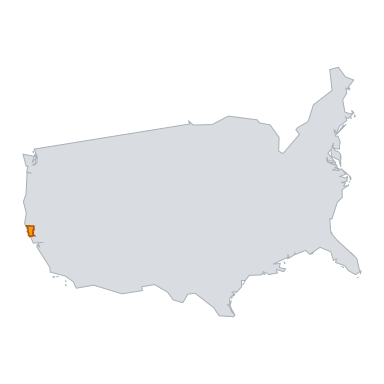 Mendocino, California, United States of America (highlighted)
{"feature_id": "52423323B12422674135738", "entity_name": "Mendocino", "entity_type": "district", "adm_level": 2, "iso_a3": "USA", "parent_name": "United States of America", "parent_adm1": "California", "projection": "albers", "projection_center": [-123.414, 39.38], "detail": "fine", "context": "in_parent", "style": "filled", "palette": "amber", "viewbox_px": 384, "rotation_deg": 0, "n_neighbors": 0, "source": "geoboundaries", "source_scale": "gbopen_adm2", "svg_char_len": 4963}
<svg xmlns="http://www.w3.org/2000/svg" viewBox="0 0 384 384"><path d="M313.4,104.8L332.1,90.4L329.7,69.5L338.5,67.3L345.2,76.7L353.7,80.1L347.9,87.5L348.7,89.6L346.0,88.2L346.7,93.2L342.7,99.8L344.9,112.1L350.9,114.0L352.9,112.0L351.1,110.6L352.3,110.9L353.9,112.8L348.2,118.5L345.6,117.1L346.8,120.6L339.6,126.1L336.2,133.6L335.4,131.0L334.0,129.9L335.6,136.2L337.8,136.1L339.9,141.0L339.4,149.2L333.1,148.1L333.5,142.9L332.0,147.2L335.5,150.6L338.7,151.9L340.5,154.3L340.8,166.8L338.9,159.9L331.7,156.6L331.0,149.1L328.0,153.2L334.4,161.2L329.0,160.8L327.8,161.8L327.5,158.3L327.0,157.5L326.8,160.5L327.8,162.4L335.7,162.4L335.2,164.8L330.8,163.2L329.5,163.2L334.9,165.0L336.8,164.9L337.2,167.7L334.4,167.0L339.1,168.7L338.7,169.6L336.4,168.6L332.2,169.9L338.6,170.6L341.4,168.8L348.9,175.3L342.8,170.5L345.9,174.1L340.0,176.4L346.2,178.1L347.5,175.9L347.1,181.0L341.1,182.7L345.4,182.8L343.6,186.2L347.6,185.7L342.1,189.9L342.2,197.6L337.3,202.3L331.9,219.1L329.8,218.6L330.6,230.8L331.4,233.5L337.1,240.2L356.8,258.4L359.8,271.8L355.7,274.7L348.2,270.5L344.8,265.7L335.6,262.5L336.4,258.8L333.4,260.4L330.9,251.8L320.0,247.3L309.8,254.3L305.7,250.4L294.5,254.8L295.2,252.4L294.0,255.0L289.3,258.0L287.8,254.4L288.0,257.3L273.0,264.1L280.2,263.4L279.3,267.6L285.6,268.9L283.7,271.7L276.5,269.5L277.4,273.0L269.2,274.5L263.3,271.7L261.5,274.9L249.1,275.4L244.1,282.4L245.3,280.5L241.4,280.5L241.5,287.0L235.7,293.0L237.0,291.4L232.2,292.2L234.4,293.7L229.8,297.9L229.6,305.1L226.9,304.8L229.5,305.9L231.7,311.9L235.0,314.9L233.7,316.7L219.1,315.8L213.7,307.7L195.2,293.3L187.9,294.1L182.8,302.7L173.2,299.9L167.7,292.3L154.6,284.6L141.8,286.8L142.4,290.6L121.8,293.8L93.6,285.2L76.3,288.2L73.4,281.9L65.6,276.2L50.2,272.0L49.9,267.4L36.8,246.9L37.1,244.7L39.7,247.4L38.0,242.9L43.3,242.4L33.3,243.1L24.6,223.7L26.3,213.3L23.4,201.7L26.0,194.2L27.1,172.6L31.7,173.2L26.6,172.1L28.0,166.3L26.2,166.3L23.0,154.2L34.2,156.3L32.1,162.7L35.7,158.1L35.5,163.5L32.8,164.8L34.7,165.0L36.8,162.8L37.4,157.4L34.1,149.1L189.7,124.0L188.7,121.0L193.3,125.0L212.1,124.6L228.3,116.1L257.1,119.8L259.6,122.9L270.1,124.9L279.1,137.4L278.7,151.2L283.0,153.6L299.4,134.4L295.9,129.8L297.3,127.9L308.1,121.5L313.4,104.8ZM343.3,126.8L346.2,124.2L336.4,134.6L343.8,124.8L343.3,126.8ZM35.1,154.2L36.6,157.6L36.5,158.1L34.4,155.6L35.1,154.2ZM234.4,313.9L231.1,309.1L230.3,306.0L231.5,309.1L234.4,313.9ZM348.9,87.4L349.9,88.9L349.2,88.9L348.9,87.4ZM264.0,273.2L264.8,274.3L263.2,273.8L264.0,273.2ZM56.3,277.0L58.0,276.2L58.1,276.4L56.3,277.0ZM54.4,276.6L53.8,277.6L53.1,276.8L54.4,276.6ZM351.3,116.8L351.0,118.3L350.6,118.3L351.3,116.8ZM230.5,303.0L230.2,305.7L231.3,300.3L230.5,303.0ZM350.6,252.3L354.4,255.9L350.1,252.0L350.6,252.3ZM65.5,280.8L66.3,282.1L65.4,280.9L65.5,280.8ZM360.9,272.0L360.2,274.2L361.0,270.1L360.9,272.0ZM351.0,177.8L350.6,180.2L349.3,175.5L351.0,177.8ZM33.5,151.5L33.5,152.4L32.9,152.0L33.5,151.5ZM234.8,294.7L232.6,296.5L234.7,294.3L234.8,294.7ZM354.7,115.2L355.3,116.3L354.2,116.7L354.7,115.2ZM65.7,284.6L66.4,286.2L65.4,284.8L65.7,284.6ZM232.2,297.6L231.4,298.5L232.0,297.3L232.2,297.6ZM341.0,156.4L340.9,159.5L340.7,155.4L341.0,156.4ZM243.7,283.7L242.4,285.2L244.2,282.8L243.7,283.7ZM331.4,231.8L332.1,233.8L331.3,232.6L331.4,231.8ZM348.3,185.7L348.0,186.3L348.6,184.2L348.3,185.7ZM313.6,252.1L312.2,253.9L311.3,254.0L313.6,252.1ZM288.5,257.9L288.3,258.4L287.2,258.8L288.5,257.9ZM342.8,266.8L343.7,268.0L342.4,266.7L342.8,266.8ZM284.7,262.6L284.9,264.0L283.9,261.8L284.7,262.6ZM358.1,277.3L357.1,278.0L358.4,276.9L358.1,277.3ZM340.1,142.0L340.1,143.5L340.0,141.4L340.1,142.0ZM349.7,181.2L349.4,182.0L349.2,182.0L349.7,181.2Z" fill="#d9dde1" stroke="#a8b0b8" stroke-width="1"/><path d="M33.7,226.0L29.7,226.0L29.7,225.8L26.5,225.8L26.7,226.1L26.8,226.2L26.9,226.4L27.0,226.5L27.2,226.9L27.3,227.0L27.5,227.2L27.6,227.3L27.7,227.6L27.7,227.8L27.7,228.0L27.8,228.1L27.8,228.3L28.0,228.5L28.1,228.8L28.1,229.1L28.2,229.6L28.1,229.9L28.1,230.0L27.9,230.6L27.8,230.9L27.8,231.2L27.8,231.3L27.8,231.5L27.9,231.9L28.0,232.0L27.9,232.0L28.0,232.1L28.1,232.4L28.1,232.6L28.2,232.8L28.3,233.0L28.5,233.3L28.5,233.5L28.7,233.9L28.7,234.2L28.6,234.4L28.6,234.6L28.4,234.8L28.4,235.0L28.5,235.1L28.7,235.3L28.9,235.5L29.0,235.8L29.3,235.9L29.3,236.0L29.5,236.2L29.7,236.3L29.8,236.5L30.0,236.3L30.3,236.3L30.8,236.3L30.8,236.1L32.4,236.1L32.4,235.8L32.8,235.8L32.8,235.7L34.5,235.7L34.4,235.6L34.1,235.5L34.0,235.4L33.9,235.3L33.6,235.3L33.6,235.1L33.4,234.9L33.4,234.6L33.4,234.4L33.1,234.4L32.9,234.2L32.9,233.9L32.7,233.8L32.7,233.6L32.7,233.2L32.8,233.2L32.8,232.9L33.0,232.9L33.2,232.5L33.2,232.4L33.3,232.4L33.3,232.2L33.2,232.0L33.2,231.7L33.0,231.3L32.9,231.2L32.9,230.9L32.8,230.5L32.9,230.1L33.1,230.0L33.7,230.0L33.7,229.9L34.0,229.9L34.0,229.4L34.0,229.2L34.0,228.3L33.8,228.3L33.8,228.0L33.7,228.0L33.7,227.6L33.6,227.3L33.5,227.2L33.6,226.7L33.8,226.5L33.9,226.4L33.7,226.3L33.7,226.1L33.7,226.0Z" fill="#f59e0b" stroke="#b45309" stroke-width="1.5"/></svg>